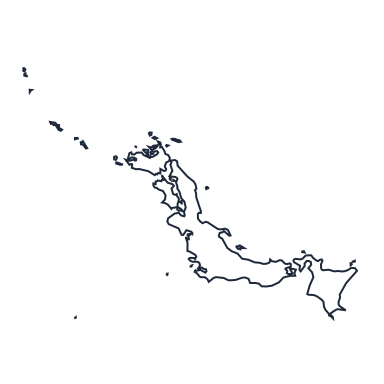 the border of Japan, rotated 85°
{"feature_id": "JPN", "entity_name": "Japan", "entity_type": "country or territory", "adm_level": 0, "iso_a3": "JPN", "parent_name": "Asia", "parent_adm1": "", "projection": "orthographic", "projection_center": [135.292, 34.888], "detail": "fine", "context": "isolated", "style": "outline", "palette": "slate", "viewbox_px": 384, "rotation_deg": 85, "n_neighbors": 0, "source": "natural_earth", "source_scale": "50m", "svg_char_len": 6092}
<svg xmlns="http://www.w3.org/2000/svg" viewBox="0 0 384 384"><g transform="rotate(85 192 192)"><path d="M281.8,97.1L284.4,96.5L284.1,101.2L284.8,106.8L285.3,108.5L289.5,113.1L292.3,120.5L292.6,126.0L292.0,130.9L289.3,133.1L288.2,136.4L287.7,142.0L283.5,143.2L281.9,146.2L281.7,149.2L283.4,156.5L283.3,161.9L283.0,163.6L280.4,167.9L278.9,175.6L279.6,178.2L283.0,183.1L280.2,184.2L278.0,186.6L277.7,190.4L277.0,191.7L273.5,194.1L271.8,196.3L270.9,196.1L270.3,195.5L270.8,194.6L270.4,190.3L273.5,185.7L272.1,184.5L270.2,184.8L269.5,187.3L268.1,188.7L268.4,190.0L269.4,191.0L268.6,192.6L266.0,190.4L263.2,190.9L261.9,192.8L261.5,197.6L260.3,199.8L258.5,201.1L257.5,199.9L257.9,195.7L259.1,194.9L256.7,193.4L255.0,194.1L251.1,199.6L250.4,201.7L242.3,200.9L236.3,202.2L239.0,200.3L238.9,199.3L235.8,199.4L235.0,198.4L234.7,200.1L233.8,200.0L233.5,196.2L234.1,195.4L232.9,195.2L231.5,196.2L229.6,200.9L234.0,204.5L233.7,206.2L227.1,208.5L222.0,218.0L219.2,219.1L216.1,218.1L212.0,211.2L211.6,206.9L214.3,205.0L215.6,201.9L214.8,201.3L210.9,201.7L207.1,199.6L201.0,200.4L197.4,203.2L190.8,204.5L187.0,206.4L185.5,206.0L180.9,207.1L177.9,205.4L176.6,205.8L175.6,207.3L174.3,213.1L169.2,209.7L162.8,211.1L160.8,209.9L158.8,210.5L158.7,206.1L160.2,204.2L164.6,204.0L176.2,195.2L181.8,189.3L184.7,187.9L189.0,187.3L190.3,188.8L193.3,188.1L197.8,188.2L212.6,184.7L213.7,185.1L213.3,187.0L214.5,188.1L218.9,188.4L221.6,186.8L224.0,184.3L222.9,180.9L223.6,179.0L231.2,169.4L231.8,166.2L231.4,162.4L232.8,159.6L238.6,157.4L238.8,158.7L233.6,163.6L234.8,165.0L235.1,167.9L237.9,169.1L239.1,168.8L241.1,166.0L250.8,161.7L254.4,157.7L257.3,152.0L262.8,147.9L264.4,141.7L267.5,135.8L268.5,130.4L269.8,127.6L270.0,124.3L269.0,120.9L266.0,120.0L267.9,118.4L268.9,114.7L267.6,110.6L268.0,108.5L271.5,105.7L272.1,103.3L271.6,100.9L272.4,99.8L275.1,100.2L276.0,104.8L276.9,105.7L278.9,103.9L281.1,104.6L282.2,103.0L282.2,99.7L281.6,99.1L277.2,101.0L277.1,99.2L278.4,95.3L281.8,97.1ZM307.1,53.8L310.1,53.7L314.4,55.6L317.0,55.7L318.6,54.8L323.3,49.1L321.6,56.2L321.5,57.8L322.1,59.3L324.9,64.4L326.6,64.6L328.4,62.8L330.1,62.6L328.0,64.3L327.0,66.2L325.2,66.3L320.9,69.4L317.8,70.5L312.9,70.6L310.6,72.2L306.7,76.8L305.3,79.6L304.5,84.8L303.7,86.1L295.2,82.8L287.5,78.5L282.6,79.3L278.1,82.7L274.8,79.6L272.2,79.7L270.9,81.7L270.7,83.8L273.1,86.1L275.5,86.2L280.5,90.7L278.8,91.8L274.9,90.8L270.8,96.5L269.5,97.0L268.2,96.3L267.6,94.8L268.6,89.7L267.9,87.4L265.2,84.3L265.3,79.7L265.5,78.7L268.0,77.3L271.3,73.8L271.8,72.3L270.7,70.6L270.5,68.6L271.6,68.0L275.4,69.8L278.9,70.0L280.6,69.6L281.4,68.3L281.3,62.8L283.5,57.0L283.4,53.3L284.2,50.0L284.2,46.5L283.2,43.1L281.5,40.0L282.1,36.3L284.9,34.5L296.1,46.3L307.1,53.8ZM160.4,215.2L164.2,216.9L167.0,215.7L168.4,216.5L168.6,218.1L166.2,221.5L170.8,221.9L170.1,224.0L171.4,225.1L170.8,226.2L172.0,227.6L167.4,233.8L164.5,242.6L164.4,245.8L162.7,249.8L159.2,249.2L158.7,250.1L159.5,251.9L154.0,255.4L155.5,251.6L154.6,246.8L155.8,246.2L155.6,244.9L154.0,244.7L152.6,247.0L152.3,249.4L153.6,251.5L152.8,252.8L147.8,250.9L147.2,249.0L149.2,248.5L149.6,246.2L148.0,243.6L148.3,238.7L151.0,236.9L154.4,231.0L152.6,230.3L153.6,229.2L153.4,227.7L151.4,223.6L149.7,222.2L148.2,223.2L148.6,227.1L150.6,227.2L150.6,229.5L149.4,229.8L147.0,228.3L143.2,231.1L144.1,228.8L142.5,226.4L142.5,223.6L144.2,226.3L146.3,227.0L145.2,224.3L141.4,220.9L141.8,219.3L144.8,219.8L144.6,218.0L149.1,215.8L151.6,215.3L153.3,212.4L156.2,211.1L159.2,212.1L160.4,215.2ZM202.3,207.3L205.8,207.8L206.2,213.6L207.0,214.0L202.4,217.2L200.7,219.8L199.9,222.7L197.1,219.6L193.0,218.6L188.5,220.8L186.6,225.0L185.0,226.5L184.4,228.6L182.2,229.9L180.1,229.7L181.0,227.6L178.3,227.3L178.3,225.9L177.5,225.1L178.6,221.6L177.3,221.0L177.4,219.5L172.6,220.7L180.5,215.6L182.4,211.0L184.3,209.5L186.8,212.1L187.5,212.0L192.5,210.9L193.3,209.1L192.8,207.4L194.1,207.5L197.1,205.9L198.8,205.7L202.3,207.3ZM118.5,319.5L113.0,322.3L113.4,324.0L111.8,325.0L111.9,326.6L109.8,327.3L111.1,322.2L114.2,320.1L113.5,319.4L113.8,318.5L116.3,319.1L118.6,316.0L119.6,317.2L118.5,319.5ZM250.8,152.5L249.3,152.4L250.0,152.1L250.4,150.3L249.5,149.9L249.5,148.7L252.4,144.9L252.0,148.6L253.4,148.7L252.6,151.2L250.8,152.5ZM135.9,296.1L134.6,298.2L132.0,296.2L139.2,292.6L139.4,293.9L135.9,296.1ZM148.6,234.9L145.9,237.0L145.4,236.2L146.2,235.5L145.7,234.7L146.3,232.0L148.3,231.8L148.6,234.9ZM209.5,206.9L208.2,208.2L207.0,208.1L206.2,206.8L208.3,204.1L210.4,203.0L209.2,205.2L209.5,206.9ZM152.7,266.7L150.3,266.6L149.7,264.7L151.1,263.6L153.0,264.8L153.4,265.2L152.7,266.7ZM141.2,200.9L139.6,204.4L138.4,203.4L139.4,199.8L141.0,198.7L141.2,200.9ZM157.2,264.9L156.0,265.0L156.0,264.1L158.7,258.4L158.6,261.2L157.2,264.9ZM129.3,227.0L131.5,227.5L132.1,229.2L129.5,229.8L129.0,228.9L129.3,227.0ZM138.3,207.1L137.5,207.7L137.2,206.7L137.7,204.1L139.2,204.7L138.3,207.1ZM56.7,349.5L53.9,349.1L53.9,348.6L55.3,347.3L57.4,348.4L56.7,349.5ZM190.4,177.5L188.8,177.8L188.2,177.0L188.4,176.1L189.5,175.4L190.4,177.5ZM134.6,226.5L133.7,224.7L135.3,222.1L136.1,224.3L134.6,226.5ZM62.7,345.6L61.5,348.9L60.1,348.9L59.5,347.5L61.3,347.4L62.7,345.6ZM129.3,304.0L128.0,303.9L128.2,301.3L128.8,301.1L129.3,304.0ZM278.8,40.3L276.8,40.3L276.7,39.5L277.9,39.1L278.8,40.3ZM151.0,233.8L149.8,233.8L149.2,233.1L150.8,232.2L152.0,232.4L151.0,233.8ZM261.4,87.5L260.9,87.4L260.7,85.7L262.1,85.1L261.4,87.5ZM175.1,211.5L176.4,212.1L178.1,212.1L177.0,213.1L175.1,212.6L175.1,211.5ZM275.6,36.0L275.5,38.7L274.7,35.8L275.6,36.0ZM140.2,221.0L138.7,221.6L139.9,219.3L141.3,219.0L140.2,221.0ZM78.4,344.9L76.0,344.8L76.4,342.7L77.0,343.8L78.4,344.9ZM144.5,213.2L143.6,213.8L143.0,213.3L143.6,211.5L144.5,213.2ZM202.5,203.3L201.0,204.8L200.1,203.3L201.9,203.1L202.5,203.3ZM134.0,298.5L132.7,298.5L132.3,297.1L133.1,297.4L134.0,298.5ZM266.2,199.1L266.1,199.9L265.4,199.7L265.1,198.4L266.2,199.1ZM142.9,243.0L141.4,245.2L141.8,244.0L142.9,243.0ZM179.4,208.2L179.4,209.7L178.3,209.5L179.4,208.2ZM272.1,224.4L271.2,224.1L271.2,223.4L272.5,223.8L272.1,224.4ZM307.3,318.8L307.5,320.2L306.6,318.7L307.3,318.8Z" fill="none" stroke="#1e293b" stroke-width="2"/></g></svg>